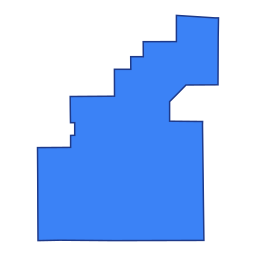 outline of Serra do Mel, Rio Grande do Norte, Brazil
{"feature_id": "56859067B45182411512134", "entity_name": "Serra do Mel", "entity_type": "district", "adm_level": 2, "iso_a3": "BRA", "parent_name": "Brazil", "parent_adm1": "Rio Grande do Norte", "projection": "albers", "projection_center": [-37.03, -5.14], "detail": "fine", "context": "isolated", "style": "filled", "palette": "blue", "viewbox_px": 256, "rotation_deg": 0, "n_neighbors": 0, "source": "geoboundaries", "source_scale": "gbopen_adm2", "svg_char_len": 570}
<svg xmlns="http://www.w3.org/2000/svg" viewBox="0 0 256 256"><path d="M114.2,240.6L203.9,240.4L203.4,200.8L203.1,174.7L202.5,124.7L202.6,121.5L169.6,121.2L169.6,108.5L169.6,101.6L177.2,94.0L186.0,85.0L218.0,84.8L218.2,37.2L218.5,17.9L215.2,17.9L176.4,15.4L176.4,41.6L143.2,41.7L143.3,56.7L130.7,56.7L130.8,69.3L116.8,69.3L114.4,69.3L114.5,96.2L70.2,96.5L70.3,108.8L70.4,116.7L70.5,122.7L74.7,122.7L74.7,135.3L70.6,135.4L70.6,147.4L37.5,147.6L37.7,175.0L37.8,196.9L37.8,201.4L38.0,240.6L59.7,240.2L114.2,240.6Z" fill="#3b82f6" stroke="#1e3a8a" stroke-width="1.5"/></svg>